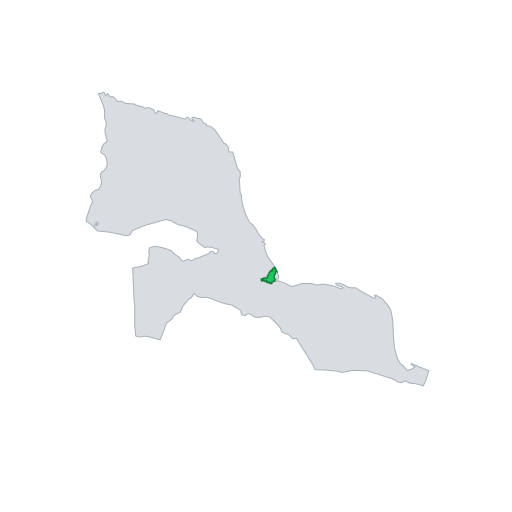 Dondo, Sofala, Mozambique (highlighted), rotated 288°
{"feature_id": "85939544B17350721147016", "entity_name": "Dondo", "entity_type": "district", "adm_level": 2, "iso_a3": "MOZ", "parent_name": "Mozambique", "parent_adm1": "Sofala", "projection": "robinson", "projection_center": [34.673, -19.439], "detail": "fine", "context": "in_parent", "style": "filled", "palette": "green", "viewbox_px": 512, "rotation_deg": 288, "n_neighbors": 0, "source": "geoboundaries", "source_scale": "gbopen_adm2", "svg_char_len": 6959}
<svg xmlns="http://www.w3.org/2000/svg" viewBox="0 0 512 512"><g transform="rotate(288 256 256)"><path d="M166.2,347.2L169.2,344.7L189.0,321.2L190.2,320.3L188.6,316.4L191.2,311.8L191.5,304.7L192.3,303.6L195.3,301.2L199.4,293.9L202.0,288.3L202.3,285.5L198.6,277.8L197.4,273.7L198.5,270.1L198.9,266.8L198.4,265.7L196.1,264.3L195.7,262.8L195.7,261.0L196.2,260.0L199.0,258.5L199.6,257.6L201.9,248.6L201.1,241.8L201.1,234.1L201.6,226.1L201.4,221.6L199.5,216.3L199.4,212.6L200.7,210.0L200.9,208.4L196.5,207.6L194.2,205.4L185.9,202.0L179.4,201.5L174.0,196.2L169.8,195.4L164.4,191.6L147.4,190.9L146.7,190.5L146.0,179.0L145.4,175.2L143.3,171.1L142.7,168.3L142.8,166.4L152.2,162.2L170.7,156.3L174.7,154.3L206.2,142.5L207.1,143.3L210.2,149.3L215.5,156.1L216.7,155.2L224.3,154.1L225.4,153.2L227.7,152.6L230.3,152.2L231.2,152.6L234.0,156.8L235.0,164.7L235.1,170.1L234.8,173.9L232.5,178.3L230.9,183.8L228.5,186.9L228.5,188.3L231.3,191.6L231.8,193.0L231.7,195.9L232.1,197.0L234.5,198.8L236.3,201.6L243.1,209.6L244.9,211.0L246.2,211.4L246.9,212.9L246.5,214.8L245.5,215.8L245.9,217.3L247.2,218.5L250.3,218.3L250.7,217.8L250.5,210.7L249.4,206.6L248.1,204.7L250.8,197.1L252.2,194.9L257.3,194.1L259.7,193.4L260.6,192.4L261.4,190.0L262.0,183.2L262.3,176.8L261.7,173.1L262.5,167.5L263.6,164.0L263.1,163.3L262.7,158.6L249.9,139.7L242.6,131.3L241.4,130.4L237.3,129.7L235.2,126.6L233.5,109.7L230.8,97.4L235.0,89.4L236.4,84.2L237.3,83.4L240.9,83.1L253.5,83.2L256.7,83.7L258.1,83.2L261.4,80.1L264.1,80.1L267.8,82.1L269.8,83.9L270.1,85.4L272.6,86.3L277.1,86.5L280.4,85.7L282.5,83.9L284.7,83.0L287.0,82.9L288.7,83.5L289.9,84.8L292.1,85.8L295.4,86.4L299.0,85.5L303.0,83.2L305.2,80.8L306.4,76.7L307.2,76.2L312.7,75.8L315.6,76.6L319.4,79.1L325.9,74.6L330.0,73.1L334.0,73.1L337.2,72.0L339.7,69.9L342.4,68.5L347.8,66.9L351.5,64.6L361.8,55.9L362.9,58.5L364.9,60.8L362.2,63.3L364.6,64.9L362.8,67.3L362.6,69.0L363.4,70.6L362.3,73.4L360.7,75.5L360.3,77.1L361.7,80.0L360.9,85.1L363.0,93.5L362.4,96.3L362.8,103.0L362.0,105.4L363.3,106.3L364.0,108.9L363.4,113.5L361.1,115.5L360.9,117.4L363.7,117.4L363.7,123.3L363.3,125.0L363.9,126.9L363.1,129.1L364.0,138.4L364.1,145.2L364.2,146.3L366.6,147.5L366.6,149.3L365.0,151.7L365.1,155.4L366.8,152.5L367.9,152.5L368.8,153.6L368.8,157.7L369.3,159.8L369.1,161.5L366.2,164.9L366.1,168.2L364.9,168.6L364.4,169.4L365.2,171.3L365.1,173.0L363.1,178.2L353.4,190.5L353.2,192.6L350.7,196.5L348.0,197.2L346.6,198.2L347.7,201.7L334.8,210.4L333.5,211.6L331.4,214.8L327.2,216.4L322.6,216.6L321.8,217.3L311.4,221.3L309.3,223.3L304.9,225.0L297.9,229.3L292.2,233.5L285.7,239.7L284.9,243.0L281.8,247.3L277.2,252.5L274.5,256.7L274.3,258.6L272.7,259.2L271.3,257.4L270.7,260.8L269.6,261.1L268.4,260.4L262.6,264.1L258.3,268.2L252.3,276.3L243.4,284.1L241.4,284.2L238.6,281.5L237.1,281.3L239.3,284.3L239.2,290.8L238.1,298.5L238.3,300.2L244.1,308.3L247.0,317.8L247.2,322.7L250.1,328.9L251.4,338.3L251.1,347.1L252.5,348.5L253.1,347.2L253.3,341.8L254.1,340.3L254.9,340.5L255.7,343.5L255.9,346.6L254.8,353.5L255.1,356.3L256.6,360.9L254.9,366.3L252.2,381.3L252.8,382.3L254.2,382.6L254.7,381.0L255.4,381.0L255.9,381.9L254.7,387.8L253.7,390.4L249.8,396.7L247.7,399.4L244.3,402.1L236.2,406.3L220.0,412.3L209.8,417.0L201.7,422.6L198.2,426.4L196.8,430.7L194.0,435.1L196.4,438.9L199.5,441.6L200.9,437.1L201.7,437.1L200.3,455.8L189.2,456.1L186.0,455.4L184.2,455.5L184.0,447.7L182.6,441.9L183.1,437.7L182.9,435.5L180.6,434.0L180.0,429.5L181.3,426.0L181.2,397.5L177.2,383.6L171.8,373.6L171.5,368.6L169.1,357.6L166.2,347.2ZM237.8,96.3L239.1,95.6L239.4,94.2L238.5,93.5L237.7,93.6L237.4,95.9L237.8,96.3ZM236.9,93.8L235.8,92.7L235.0,93.0L234.8,93.9L235.6,95.0L236.5,95.0L236.9,93.8Z" fill="#d9dde1" stroke="#a8b0b8" stroke-width="1"/><path d="M237.8,281.2L238.0,281.1L238.1,281.3L238.2,281.5L238.5,281.5L239.0,281.5L239.4,281.5L239.5,281.4L239.8,281.1L240.0,281.0L240.2,280.9L240.4,280.7L241.0,280.0L241.2,279.9L241.4,279.9L241.5,279.8L241.8,279.7L242.0,279.6L242.5,279.6L242.8,279.6L243.0,279.5L243.3,279.5L243.7,279.5L243.8,279.5L244.0,279.5L244.3,279.7L244.7,279.8L245.0,279.8L245.4,279.8L245.6,279.6L245.9,279.7L246.2,279.6L246.4,279.5L246.7,279.5L246.8,279.4L247.0,279.3L247.3,279.4L247.4,279.5L247.5,279.7L247.6,279.8L247.7,280.0L247.6,280.3L247.5,280.5L247.5,280.9L248.0,280.5L248.5,280.0L248.9,279.5L249.2,279.3L249.4,279.2L249.8,278.7L250.0,278.5L250.2,278.2L250.4,278.1L250.6,278.0L250.7,277.9L251.2,277.3L251.4,277.2L251.2,277.2L250.9,277.1L250.7,277.1L250.4,277.2L250.2,277.2L250.0,276.9L249.9,276.8L249.9,276.7L249.7,276.7L249.5,276.4L249.3,276.4L249.3,276.2L249.2,276.3L248.9,276.4L248.7,276.4L248.4,276.3L248.3,276.2L248.2,276.3L248.1,276.2L248.0,275.9L247.9,276.0L247.9,276.3L247.7,276.3L247.4,276.3L247.4,276.2L247.2,276.2L246.9,276.0L246.9,275.9L247.0,275.8L247.0,275.7L246.9,275.6L246.9,275.4L247.0,275.3L247.0,275.2L246.6,275.1L246.5,274.9L246.3,274.8L246.3,274.7L246.3,274.4L246.2,274.2L245.9,274.1L245.7,274.2L245.4,274.1L245.2,274.1L244.9,274.0L244.7,273.9L244.5,273.7L244.4,273.7L244.2,273.7L243.9,273.8L243.8,273.7L243.6,273.7L243.4,273.8L243.2,273.7L242.7,273.7L242.4,273.6L242.0,273.6L241.8,273.6L241.6,273.5L241.4,273.6L241.1,273.6L240.8,273.5L240.7,273.4L240.5,273.1L240.4,273.0L240.2,273.2L239.8,273.2L239.2,273.3L238.7,273.2L238.3,272.9L238.0,272.3L238.0,272.0L238.0,271.8L238.0,271.7L237.9,271.3L237.7,270.8L237.7,270.5L237.5,270.4L237.4,270.4L237.2,270.1L236.9,269.9L236.8,269.7L236.7,269.6L236.6,269.4L236.5,269.2L236.2,268.7L236.1,268.8L235.9,268.6L235.7,268.6L235.5,268.4L235.4,268.3L235.2,268.4L234.9,268.3L234.7,268.4L234.6,268.6L234.5,268.8L234.4,268.9L234.4,269.0L234.2,269.1L234.3,269.2L234.4,269.3L234.4,269.5L234.5,269.6L234.5,269.9L234.5,270.0L234.8,270.2L234.9,270.3L235.0,270.3L235.0,270.2L235.1,270.4L235.0,270.5L234.9,270.5L235.0,270.8L235.2,270.7L235.2,270.8L235.1,271.0L235.0,270.9L235.0,271.0L234.9,271.0L235.0,271.2L234.9,271.2L234.9,271.3L235.0,271.3L234.9,271.4L235.0,271.5L235.0,271.8L235.0,272.0L234.9,272.1L235.0,272.1L235.1,272.3L235.0,272.2L235.1,272.4L235.1,272.5L235.1,272.8L235.2,273.0L235.2,273.3L235.3,273.4L235.2,273.5L235.3,273.5L235.2,273.6L235.3,273.7L235.1,273.7L235.1,273.8L235.1,274.0L235.0,273.9L234.9,273.9L234.8,274.0L234.7,274.1L234.6,274.3L234.5,274.5L234.8,274.5L234.7,274.8L234.4,274.9L234.5,275.0L234.8,275.0L234.7,275.2L234.4,275.2L234.4,275.3L234.5,275.5L234.7,275.4L234.9,275.3L234.7,275.5L234.5,275.8L234.4,276.0L234.5,276.3L234.7,276.6L234.6,276.8L234.5,276.7L234.5,276.8L234.7,277.1L234.8,277.0L234.9,276.9L234.9,276.7L235.0,276.9L235.1,277.0L234.8,277.3L234.8,277.7L234.7,277.8L234.6,278.0L234.6,277.9L234.4,277.7L234.3,277.8L234.2,277.9L234.3,278.0L234.5,278.1L234.6,278.3L234.4,278.6L234.5,279.0L234.6,279.3L234.9,279.6L235.0,279.6L235.1,279.4L235.0,279.2L234.8,279.1L234.7,279.0L234.7,278.8L234.7,278.7L234.8,278.7L235.1,278.7L235.5,278.8L236.0,278.9L236.3,279.1L236.5,279.4L236.7,279.8L236.8,280.1L236.9,280.3L237.4,280.7L237.6,281.0L237.8,281.2Z" fill="#22c55e" stroke="#15803d" stroke-width="1.5"/></g></svg>